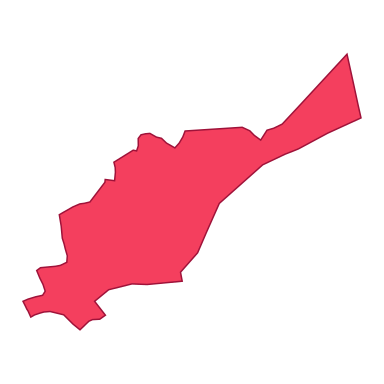 Monguno, Borno, Nigeria (Albers equal-area conic projection)
{"feature_id": "59680162B31936578466171", "entity_name": "Monguno", "entity_type": "district", "adm_level": 2, "iso_a3": "NGA", "parent_name": "Nigeria", "parent_adm1": "Borno", "projection": "albers", "projection_center": [13.558, 12.578], "detail": "fine", "context": "isolated", "style": "filled", "palette": "rose", "viewbox_px": 384, "rotation_deg": 0, "n_neighbors": 0, "source": "geoboundaries", "source_scale": "gbopen_adm2", "svg_char_len": 1146}
<svg xmlns="http://www.w3.org/2000/svg" viewBox="0 0 384 384"><path d="M105.4,315.2L94.6,301.3L108.7,289.7L132.0,283.9L147.1,284.5L182.2,281.2L180.5,272.2L197.6,252.8L206.4,232.4L213.1,217.3L219.3,203.4L262.7,164.8L285.0,154.2L293.2,151.0L298.4,148.9L327.6,133.2L361.0,117.9L358.1,105.1L353.6,84.2L347.0,54.2L312.8,91.2L301.9,103.0L282.2,124.1L273.8,128.2L267.0,130.2L260.7,140.1L254.3,135.4L249.8,130.8L242.2,127.3L185.1,131.0L182.8,137.0L179.2,143.1L174.9,147.9L166.5,143.1L161.5,138.3L156.4,137.1L149.9,133.4L145.4,133.8L141.0,134.8L138.2,138.5L138.3,145.9L136.6,150.9L133.2,150.2L113.9,162.2L115.2,167.5L115.4,172.3L114.6,180.7L105.2,179.5L104.9,182.3L89.9,202.0L84.4,203.3L79.9,203.9L73.1,206.8L64.3,211.8L59.3,214.7L61.2,226.1L62.3,238.2L64.1,243.9L65.3,248.9L67.3,255.8L66.8,262.3L60.3,265.4L55.5,266.3L40.5,267.7L36.7,270.5L39.8,278.0L43.0,284.4L45.2,291.2L42.6,295.3L35.7,296.8L28.1,299.1L23.0,301.3L24.5,304.3L25.6,306.5L26.8,309.1L28.0,310.9L30.8,317.1L34.6,314.9L40.0,313.1L43.9,312.0L50.1,311.5L63.7,314.8L73.1,324.2L80.0,329.8L88.9,321.2L92.5,319.6L99.8,319.2L105.4,315.2Z" fill="#f43f5e" stroke="#9f1239" stroke-width="1.5"/></svg>